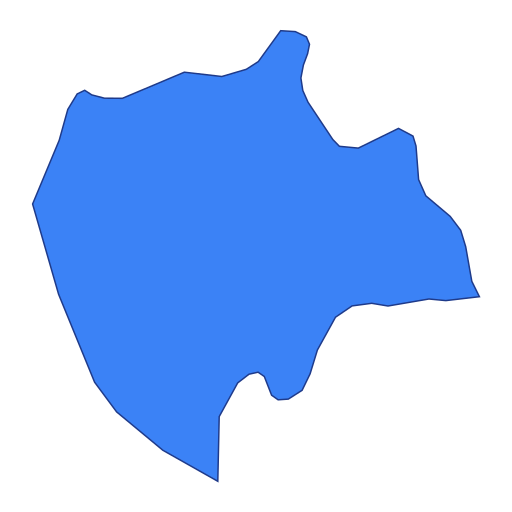 Hà Nam, orthographic projection
{"feature_id": "VNM-467", "entity_name": "Hà Nam", "entity_type": "Province", "adm_level": 1, "iso_a3": "VNM", "parent_name": "Vietnam", "parent_adm1": "", "projection": "orthographic", "projection_center": [106.005, 20.525], "detail": "fine", "context": "isolated", "style": "filled", "palette": "blue", "viewbox_px": 512, "rotation_deg": 0, "n_neighbors": 0, "source": "natural_earth", "source_scale": "10m", "svg_char_len": 791}
<svg xmlns="http://www.w3.org/2000/svg" viewBox="0 0 512 512"><path d="M217.8,481.3L162.9,450.3L116.6,411.9L94.6,382.2L58.6,294.3L32.6,204.0L59.2,140.3L67.8,109.4L77.2,93.9L84.7,90.3L91.8,94.9L104.5,98.2L122.4,98.3L184.3,72.2L221.8,76.5L246.3,69.3L258.3,61.6L280.7,30.7L295.3,31.6L306.4,36.9L309.5,44.3L307.6,53.7L303.4,65.0L300.9,78.0L302.8,90.5L308.0,102.2L332.8,139.5L339.4,146.3L358.3,148.1L398.5,128.4L413.0,136.1L416.0,146.0L418.6,179.6L425.8,195.8L450.2,216.4L460.7,230.3L465.7,246.7L471.8,281.3L479.4,296.7L445.8,300.6L428.9,299.0L388.0,306.0L371.7,303.3L352.1,305.9L335.5,317.2L317.4,350.0L310.1,373.8L302.1,390.3L288.3,399.1L278.1,399.8L271.6,395.2L264.3,376.5L258.1,372.2L249.0,374.2L237.7,382.9L219.2,416.6L217.8,481.3Z" fill="#3b82f6" stroke="#1e3a8a" stroke-width="1.5"/></svg>